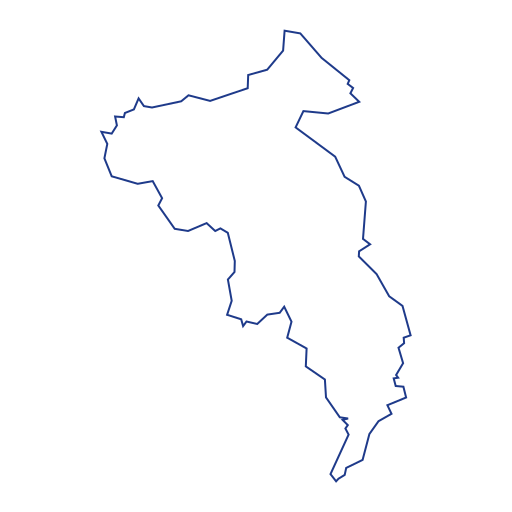 Krushevo, Kruševo, North Macedonia (Natural Earth projection)
{"feature_id": "65306769B95473368394754", "entity_name": "Krushevo", "entity_type": "district", "adm_level": 2, "iso_a3": "MKD", "parent_name": "North Macedonia", "parent_adm1": "Kruševo", "projection": "natural_earth1", "projection_center": [21.252, 41.35], "detail": "fine", "context": "isolated", "style": "outline", "palette": "blue", "viewbox_px": 512, "rotation_deg": 0, "n_neighbors": 0, "source": "geoboundaries", "source_scale": "gbopen_adm2", "svg_char_len": 1290}
<svg xmlns="http://www.w3.org/2000/svg" viewBox="0 0 512 512"><path d="M111.7,176.3L137.7,183.8L152.7,181.1L162.1,198.2L158.3,205.5L174.7,228.8L188.0,231.0L206.6,223.1L215.2,231.0L220.4,228.4L227.8,232.8L234.8,261.0L234.5,272.0L227.9,279.5L231.7,300.8L227.1,314.8L241.2,319.3L243.1,326.1L246.5,321.5L257.2,324.0L267.3,314.6L279.7,312.8L284.2,306.7L291.5,321.7L287.2,337.7L306.6,348.5L305.8,366.4L324.9,379.5L326.0,397.4L339.8,417.3L348.1,418.5L342.6,419.9L347.8,425.1L345.4,428.5L348.6,434.6L330.5,474.1L336.1,481.3L338.5,478.7L344.7,474.9L346.2,467.9L362.6,459.9L369.4,434.0L378.5,421.2L391.5,413.8L387.4,405.2L406.1,397.5L403.4,386.7L395.7,386.0L393.7,378.4L398.1,377.7L396.1,375.0L403.1,363.2L398.5,347.7L404.1,343.2L403.7,337.7L410.6,335.3L402.5,305.9L389.2,296.3L376.6,274.1L358.8,256.4L359.1,251.3L370.1,244.3L363.0,238.9L365.9,201.5L358.9,185.7L344.6,176.8L335.2,156.7L295.6,127.4L303.4,111.1L328.2,113.5L359.2,101.8L350.4,93.3L353.1,88.0L347.7,83.9L349.3,80.2L321.6,57.9L300.3,33.4L284.6,30.7L283.1,50.6L267.2,69.7L248.2,75.0L247.7,88.2L210.1,100.9L188.5,95.3L181.2,101.3L152.0,107.5L143.9,106.1L138.6,98.4L133.9,109.4L124.9,113.0L123.8,117.2L115.1,116.5L116.9,125.4L111.7,133.6L101.4,131.8L107.3,143.9L104.4,158.3L111.7,176.3Z" fill="none" stroke="#1e3a8a" stroke-width="2"/></svg>